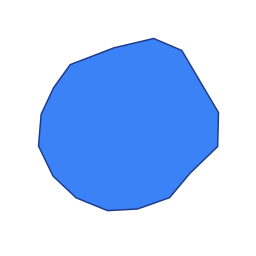 Dingila, Orientale, Democratic Republic of the Congo, rotated 159°
{"feature_id": "63176286B70830242214620", "entity_name": "Dingila", "entity_type": "district", "adm_level": 2, "iso_a3": "COD", "parent_name": "Democratic Republic of the Congo", "parent_adm1": "Orientale", "projection": "albers", "projection_center": [26.075, 3.651], "detail": "fine", "context": "isolated", "style": "filled", "palette": "blue", "viewbox_px": 256, "rotation_deg": 159, "n_neighbors": 0, "source": "geoboundaries", "source_scale": "gbopen_adm2", "svg_char_len": 351}
<svg xmlns="http://www.w3.org/2000/svg" viewBox="0 0 256 256"><g transform="rotate(159 128 128)"><path d="M72.0,202.4L112.4,207.9L159.2,207.9L183.1,192.2L204.2,171.9L218.0,143.2L215.2,110.0L201.4,81.3L176.7,58.2L148.2,49.0L114.2,48.1L85.8,63.8L50.9,78.6L38.0,110.0L50.0,181.1L72.0,202.4Z" fill="#3b82f6" stroke="#1e3a8a" stroke-width="1.5"/></g></svg>